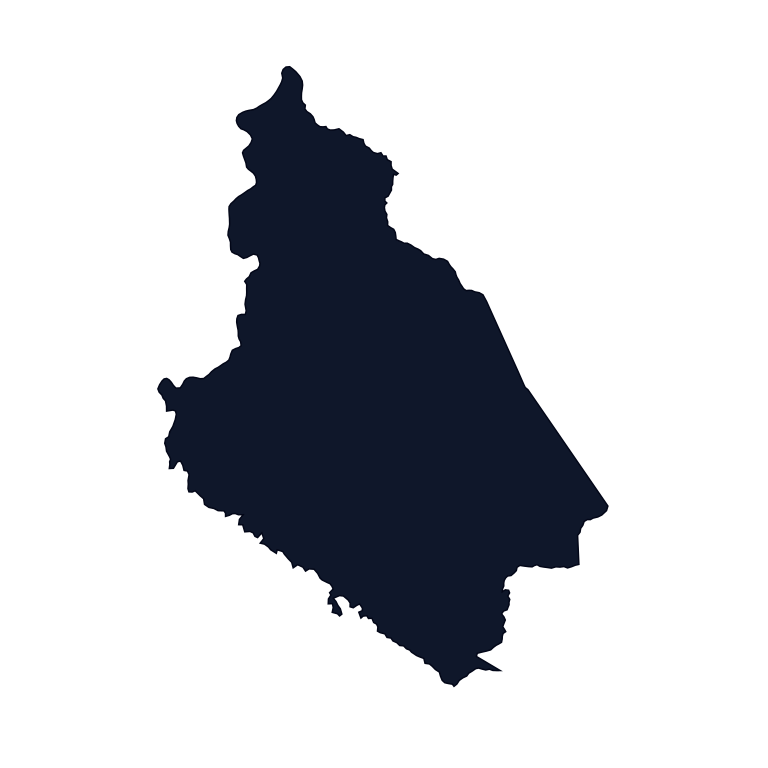 Centenário, Tocantins, Brazil, rotated 119°
{"feature_id": "56859067B98200216109672", "entity_name": "Centenário", "entity_type": "district", "adm_level": 2, "iso_a3": "BRA", "parent_name": "Brazil", "parent_adm1": "Tocantins", "projection": "mercator", "projection_center": [-47.444, -9.076], "detail": "fine", "context": "isolated", "style": "filled", "palette": "ink", "viewbox_px": 768, "rotation_deg": 119, "n_neighbors": 0, "source": "geoboundaries", "source_scale": "gbopen_adm2", "svg_char_len": 5883}
<svg xmlns="http://www.w3.org/2000/svg" viewBox="0 0 768 768"><g transform="rotate(119 384 384)"><path d="M189.4,483.8L186.1,485.6L186.2,489.9L183.6,492.8L185.1,495.3L183.2,498.8L185.7,501.4L186.7,505.5L186.1,508.2L184.8,511.3L184.9,515.6L183.2,518.3L180.4,520.8L181.4,524.5L181.8,528.0L182.7,530.9L182.5,534.8L185.1,537.6L183.4,541.6L182.6,547.1L185.9,550.7L187.9,554.0L188.4,557.2L187.0,559.6L188.7,562.0L190.0,564.8L189.7,567.9L189.0,570.9L186.4,573.5L184.7,575.7L183.4,579.4L183.1,583.6L181.7,586.6L178.2,588.0L177.4,591.3L175.4,594.0L172.3,595.8L169.3,597.3L165.6,598.6L162.0,600.1L158.7,602.4L155.9,606.5L154.9,609.1L153.6,612.6L152.8,616.5L152.2,620.3L154.3,623.4L157.8,624.7L161.7,624.1L165.5,620.9L169.4,620.0L172.4,619.8L175.5,619.8L180.1,619.8L184.8,620.3L189.1,621.1L192.1,622.3L195.2,623.7L198.6,625.9L201.6,627.7L204.3,629.0L207.3,631.2L210.1,634.7L212.4,637.2L214.9,639.3L218.8,641.6L222.2,641.9L225.2,640.8L227.3,638.8L229.0,636.1L230.1,632.8L229.6,629.9L229.6,626.1L230.9,621.5L233.4,618.0L237.2,617.3L241.3,617.6L245.2,619.1L247.7,620.1L250.4,619.8L252.7,617.5L254.9,615.0L257.5,612.0L260.9,609.3L261.9,606.7L262.3,603.8L262.9,600.4L264.5,597.2L267.1,594.8L269.7,593.1L272.4,592.6L274.8,593.9L278.0,595.2L280.8,597.0L284.4,598.7L287.8,600.4L290.5,602.0L293.6,603.2L296.8,604.0L300.5,605.3L303.9,605.5L306.2,604.4L308.5,603.0L311.5,601.1L314.1,599.4L316.3,598.1L319.0,596.5L322.0,595.3L326.0,594.2L329.5,592.6L331.8,589.7L334.4,587.0L337.6,585.2L340.7,583.2L342.3,580.9L342.3,577.5L341.7,574.7L342.0,571.9L342.3,567.9L339.8,565.3L337.1,563.6L333.7,561.2L332.7,557.5L334.4,555.0L336.6,553.0L338.7,550.9L341.1,550.0L345.0,550.1L348.0,552.3L351.2,554.2L355.5,553.9L358.9,555.2L361.7,555.6L363.5,552.3L367.1,550.4L370.4,548.5L373.4,547.0L377.4,545.9L381.6,544.2L384.3,542.0L386.8,540.0L390.4,539.0L392.3,542.5L394.9,544.9L398.3,544.3L401.2,542.9L403.3,541.3L405.4,539.6L407.6,537.7L409.8,536.3L412.7,534.7L414.9,532.5L416.5,529.9L419.7,527.5L422.5,528.6L424.9,530.9L428.0,533.0L432.2,532.5L435.1,531.7L438.3,531.3L441.4,532.5L444.3,534.4L447.0,535.7L449.8,537.1L452.7,539.1L456.8,540.8L460.4,541.6L463.2,542.9L466.6,544.3L468.5,547.3L469.4,550.7L470.6,554.2L472.4,557.2L475.2,559.4L478.2,560.1L481.8,559.9L486.2,560.3L488.5,564.0L487.3,567.6L485.6,570.9L484.5,574.1L484.5,576.8L486.2,578.8L489.0,579.6L493.4,579.9L497.9,579.4L500.2,576.6L501.3,572.9L503.6,570.1L504.6,567.0L508.7,563.5L513.1,561.0L509.1,555.9L508.7,553.3L511.1,551.0L516.3,549.3L523.4,548.1L529.7,548.2L534.5,546.7L537.8,548.5L542.2,547.0L544.6,544.3L548.2,541.6L551.5,536.4L553.2,534.2L555.9,533.8L558.2,532.3L562.0,530.8L559.8,527.3L552.2,527.0L550.0,524.6L552.6,520.6L556.5,517.0L555.4,513.7L557.8,510.5L563.4,508.6L566.5,506.6L570.6,504.7L572.9,502.3L571.4,499.3L568.9,497.4L570.9,490.4L571.8,486.1L576.3,482.6L576.8,477.3L575.3,472.4L575.2,467.7L572.5,462.4L573.9,459.9L576.6,458.4L573.8,455.6L570.9,453.7L569.4,451.3L568.9,447.9L566.6,443.8L572.5,444.8L577.5,442.9L575.6,439.3L580.8,434.1L577.9,429.7L577.6,426.3L579.8,423.0L579.6,420.1L573.4,418.7L577.5,414.2L583.2,415.1L582.0,410.9L582.6,405.9L583.9,402.8L584.3,396.1L580.8,397.0L579.6,391.3L581.1,388.7L583.3,382.9L584.7,378.3L588.8,374.3L583.9,371.9L583.5,366.1L585.7,361.9L582.0,359.9L579.9,355.4L581.8,350.2L584.8,345.7L585.4,343.1L585.1,337.1L584.8,334.4L586.2,331.3L588.0,329.1L592.9,330.4L594.3,328.1L598.9,328.4L603.3,326.2L601.1,322.6L604.2,320.0L608.8,318.6L607.5,313.3L608.4,310.4L605.7,309.3L601.8,313.2L600.0,317.0L597.5,320.6L596.0,324.5L590.6,320.3L589.1,316.7L590.3,310.6L592.0,307.4L595.3,305.7L594.6,302.4L590.8,300.5L588.2,298.7L590.4,294.3L592.8,293.1L595.8,295.4L599.9,290.7L597.1,289.7L595.0,286.7L596.6,283.9L594.7,281.0L597.6,277.4L597.6,274.1L599.4,271.6L603.3,269.9L603.3,266.7L602.1,262.1L604.2,258.5L602.8,254.7L604.4,251.6L604.0,247.4L605.1,243.5L603.5,239.9L604.7,236.0L604.2,232.5L605.2,229.9L605.4,227.1L605.7,224.0L605.4,220.8L604.7,216.1L608.4,212.7L606.8,208.5L607.5,204.9L608.8,200.6L609.1,195.9L612.1,193.0L615.0,189.4L615.8,186.0L614.8,182.6L613.4,178.6L614.5,176.2L611.1,174.8L606.8,174.5L602.8,172.6L599.3,170.1L595.9,169.7L592.6,167.8L588.5,165.8L586.6,163.6L585.9,160.5L584.8,156.4L582.3,153.5L581.8,150.1L579.9,146.3L578.3,143.5L577.5,171.1L574.3,171.9L571.3,168.7L567.9,164.9L564.8,161.8L561.2,160.6L558.1,159.2L555.7,157.6L552.9,156.0L549.8,157.0L547.1,158.3L544.4,158.9L541.6,157.5L540.2,159.7L538.7,162.5L535.5,163.0L531.6,163.5L529.5,166.3L528.1,169.7L524.7,169.4L521.8,166.9L519.1,167.3L516.5,167.6L514.2,168.9L511.4,169.6L509.5,172.9L505.8,172.9L504.0,175.0L505.2,178.1L508.4,179.8L505.7,181.0L502.6,181.3L500.2,182.7L497.6,183.6L494.6,183.6L492.0,182.8L489.9,180.0L486.2,178.6L483.1,177.8L479.8,178.8L476.8,177.2L475.3,173.2L473.7,169.2L472.1,165.8L469.8,164.4L467.8,162.5L467.9,159.2L466.8,156.0L465.3,152.2L463.8,148.2L460.6,145.1L458.8,141.3L456.4,138.1L455.9,134.3L452.9,131.4L449.7,128.8L447.3,126.1L422.5,141.3L418.6,140.7L414.9,142.0L411.2,141.6L407.2,142.3L404.0,140.5L402.6,137.8L399.9,136.1L396.6,132.5L393.0,130.0L386.9,128.0L382.2,129.0L319.2,255.4L318.6,258.8L317.0,261.1L308.3,272.5L265.4,329.9L262.3,334.0L258.0,340.7L258.0,345.0L259.4,349.3L259.7,352.7L260.9,355.1L262.5,357.5L262.1,360.6L260.5,363.6L259.2,366.2L256.9,369.1L255.2,372.1L253.4,374.2L251.3,376.1L249.9,379.5L249.0,382.4L247.9,384.7L245.9,387.9L245.9,392.4L247.4,396.7L249.9,399.0L250.9,402.4L250.0,407.5L251.0,412.3L249.6,416.6L249.5,419.5L249.9,423.4L249.4,427.9L249.6,432.0L251.2,434.7L251.2,437.7L251.5,440.4L251.7,443.5L248.9,445.4L246.0,447.6L244.0,450.5L244.0,454.0L243.6,457.7L240.3,459.4L237.5,462.4L234.3,463.7L232.3,467.0L229.5,469.2L226.9,470.1L224.3,469.3L223.6,471.9L220.8,473.5L217.8,471.5L214.1,471.5L210.8,471.5L207.8,473.2L205.2,473.2L202.4,474.7L199.1,476.2L196.0,477.3L195.4,474.6L193.0,473.7L192.6,476.7L192.1,481.0L189.4,483.8Z" fill="#0f172a" stroke="#020617" stroke-width="1.5"/></g></svg>